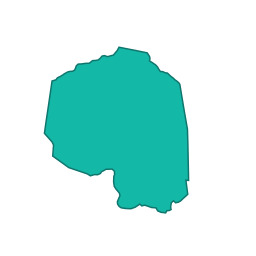 the district of São Rafael, Rio Grande do Norte, Brazil, rotated 310°
{"feature_id": "56859067B29032329313667", "entity_name": "São Rafael", "entity_type": "district", "adm_level": 2, "iso_a3": "BRA", "parent_name": "Brazil", "parent_adm1": "Rio Grande do Norte", "projection": "mercator", "projection_center": [-36.882, -5.844], "detail": "fine", "context": "isolated", "style": "filled", "palette": "teal", "viewbox_px": 256, "rotation_deg": 310, "n_neighbors": 0, "source": "geoboundaries", "source_scale": "gbopen_adm2", "svg_char_len": 1358}
<svg xmlns="http://www.w3.org/2000/svg" viewBox="0 0 256 256"><g transform="rotate(310 128 128)"><path d="M59.6,108.1L66.7,126.3L67.2,129.9L70.8,132.3L72.6,134.7L75.4,136.1L77.6,135.8L79.3,136.6L82.3,137.7L84.2,139.9L86.3,142.2L86.2,145.3L83.8,147.6L81.9,148.2L77.6,151.5L74.4,155.1L73.5,158.1L72.6,163.2L71.0,165.3L64.8,167.2L63.1,168.8L62.2,171.7L62.5,174.1L64.8,177.9L68.0,182.1L71.9,184.4L77.3,186.0L77.2,188.6L79.5,190.3L80.4,192.2L82.2,197.1L84.8,200.8L83.6,204.0L84.6,207.4L87.2,211.4L89.5,210.9L91.3,212.6L93.2,213.4L95.2,211.2L98.7,209.2L101.5,209.7L101.3,212.5L103.4,214.2L106.0,215.2L109.0,215.5L115.6,216.4L125.2,205.9L126.8,208.1L153.7,184.6L165.3,174.3L176.9,160.5L194.7,139.7L195.3,137.6L195.3,135.4L195.1,133.1L195.3,130.7L195.1,127.6L195.4,122.9L194.2,121.0L193.5,118.3L192.1,116.5L192.8,113.7L193.7,111.5L194.1,108.8L193.7,104.7L193.2,101.4L195.3,100.2L196.6,98.6L197.9,94.4L192.8,85.0L184.1,69.2L180.2,70.0L177.7,69.9L174.5,70.0L172.3,68.4L169.5,66.5L168.3,63.4L166.4,61.9L163.4,61.9L160.7,61.3L158.7,59.5L156.8,57.5L152.7,56.7L150.2,53.9L148.4,52.3L146.6,50.6L145.0,48.8L142.5,48.4L140.1,49.3L138.0,49.9L135.9,49.1L133.9,47.0L132.0,45.7L128.6,44.4L126.6,43.9L124.5,43.2L121.1,41.7L118.5,41.8L115.2,39.6L93.2,53.2L81.6,60.3L70.2,67.4L68.5,78.8L67.1,81.9L58.1,88.4L59.6,108.1Z" fill="#14b8a6" stroke="#0f766e" stroke-width="1.5"/></g></svg>